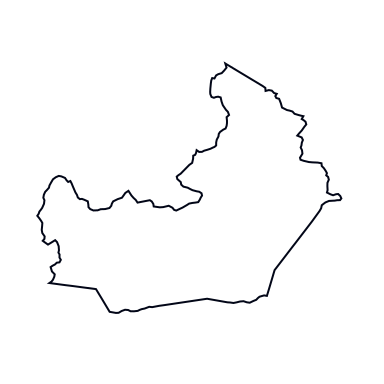 outline of Várzea Alegre, Ceará, Brazil, rotated 10°
{"feature_id": "56859067B27179773090009", "entity_name": "Várzea Alegre", "entity_type": "district", "adm_level": 2, "iso_a3": "BRA", "parent_name": "Brazil", "parent_adm1": "Ceará", "projection": "orthographic", "projection_center": [-39.32, -6.742], "detail": "fine", "context": "isolated", "style": "outline", "palette": "ink", "viewbox_px": 384, "rotation_deg": 10, "n_neighbors": 0, "source": "geoboundaries", "source_scale": "gbopen_adm2", "svg_char_len": 3394}
<svg xmlns="http://www.w3.org/2000/svg" viewBox="0 0 384 384"><g transform="rotate(10 192 192)"><path d="M172.8,312.3L179.4,309.8L184.4,308.2L225.4,294.5L230.4,294.5L246.1,294.5L248.7,294.2L252.1,294.1L255.2,292.9L258.3,291.5L261.7,290.6L265.1,291.1L268.1,291.0L271.3,288.7L274.0,287.0L275.3,285.0L276.7,283.4L278.7,282.4L281.0,281.3L283.8,281.3L284.7,273.9L286.9,254.6L301.0,227.5L302.5,224.7L315.2,200.3L320.9,188.6L322.0,185.6L322.1,182.5L323.7,180.7L325.2,179.1L328.5,177.0L331.9,176.2L334.1,175.7L336.3,174.9L339.2,174.3L340.2,172.4L338.7,170.2L336.3,168.6L334.2,169.2L331.5,170.7L328.7,170.2L325.0,169.1L325.2,166.6L324.3,162.7L323.8,159.4L324.6,156.1L323.4,153.5L321.3,152.3L321.6,150.0L320.1,148.1L317.7,145.6L315.3,143.9L314.5,141.2L310.7,141.2L305.4,141.9L301.9,142.2L296.7,141.9L293.3,141.4L292.4,139.5L294.1,135.1L293.1,131.8L291.3,129.3L291.7,127.2L291.6,124.3L292.2,121.5L290.5,119.2L285.9,118.2L287.0,116.2L289.4,112.4L291.3,108.3L292.8,105.6L291.6,103.1L289.5,101.9L287.4,101.1L288.5,98.0L286.0,97.9L283.6,97.7L279.4,97.2L277.0,95.3L274.0,94.9L271.3,94.8L266.0,93.2L264.1,89.2L261.6,85.1L258.7,84.8L257.4,83.1L258.4,80.6L255.7,80.3L253.0,78.3L250.0,78.3L246.9,79.7L246.1,76.7L243.3,75.4L202.5,59.7L204.4,63.5L202.6,66.8L200.6,69.8L197.4,71.4L195.5,73.0L194.4,76.3L192.1,76.3L191.6,78.8L191.7,81.8L192.1,86.9L192.5,90.2L193.0,92.3L194.7,95.0L197.2,95.4L199.1,94.3L201.2,93.6L203.8,93.9L205.4,97.8L207.3,101.2L211.2,105.2L213.4,106.8L215.1,109.7L213.1,112.3L214.1,115.8L214.5,118.2L214.6,120.9L214.0,123.7L212.0,125.1L209.2,128.0L208.3,130.1L208.4,132.8L207.3,136.1L207.2,139.0L207.7,142.0L206.3,143.7L204.6,144.8L202.7,146.2L199.7,147.8L196.8,149.2L194.9,150.7L192.1,151.3L189.3,150.0L189.2,152.8L188.7,154.8L186.9,156.0L187.3,159.0L187.1,163.3L184.7,165.7L179.4,173.4L177.7,175.9L175.7,177.8L174.3,179.5L175.3,181.8L179.2,184.2L180.1,186.6L182.6,188.2L187.0,188.5L189.7,189.4L192.1,190.1L196.4,190.5L199.1,190.5L201.6,191.6L202.5,193.8L201.6,195.9L201.0,198.2L199.9,200.9L197.3,201.8L194.3,202.7L191.2,203.9L189.4,205.6L185.4,209.0L183.1,210.6L179.7,213.0L177.5,212.7L175.5,210.9L171.5,209.6L166.2,211.9L162.9,212.7L156.8,212.9L156.0,210.5L154.0,208.3L151.9,207.4L140.2,211.9L138.0,209.6L135.5,208.0L133.0,206.0L129.2,201.9L126.5,204.5L125.3,207.1L124.0,209.8L120.1,211.9L116.0,214.9L115.1,217.4L114.9,219.6L113.5,222.1L109.4,223.9L105.1,224.8L102.3,226.4L98.1,227.3L94.7,226.5L92.7,224.9L92.1,222.4L91.0,219.3L87.0,218.3L84.8,217.9L82.8,218.5L80.5,217.2L79.2,214.8L77.3,212.7L75.4,209.8L73.5,206.9L72.0,204.5L70.3,202.3L68.3,203.6L66.5,202.3L64.5,200.2L60.6,199.3L58.0,199.3L55.3,201.1L52.9,203.6L51.6,207.1L50.5,210.3L50.4,212.6L48.7,215.4L47.4,217.3L46.6,220.4L46.6,223.5L48.1,225.7L48.3,229.3L47.2,233.7L46.2,235.8L45.1,237.8L44.8,240.0L43.8,242.3L46.1,244.3L48.6,246.8L50.0,248.5L50.3,251.4L50.6,255.4L51.7,258.4L54.6,261.3L54.8,263.8L53.5,266.0L55.5,267.0L59.3,268.8L61.7,266.7L65.6,263.2L67.8,264.8L70.1,268.5L71.1,272.5L71.0,274.9L72.4,276.5L72.9,279.6L74.6,281.6L73.7,284.3L71.1,285.1L69.6,287.2L67.5,288.8L65.8,290.5L67.9,294.6L71.1,296.9L71.1,299.3L70.3,302.6L69.2,304.6L67.4,306.4L83.7,305.7L89.2,305.4L114.3,304.3L121.4,312.4L131.7,324.3L135.0,324.3L138.1,324.3L140.7,323.7L143.4,321.4L146.5,319.6L149.6,319.3L152.2,320.1L155.4,319.6L159.2,318.5L160.9,317.2L162.8,316.1L165.6,315.0L169.8,312.5L172.8,312.3Z" fill="none" stroke="#020617" stroke-width="2"/></g></svg>